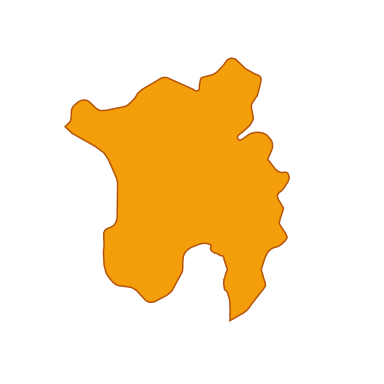 SVG path tracing the border of P'yŏngyang, rotated 63°
{"feature_id": "PRK-3305", "entity_name": "P'yŏngyang", "entity_type": "Special City", "adm_level": 1, "iso_a3": "PRK", "parent_name": "North Korea", "parent_adm1": "", "projection": "orthographic", "projection_center": [125.945, 38.994], "detail": "fine", "context": "isolated", "style": "filled", "palette": "amber", "viewbox_px": 384, "rotation_deg": 63, "n_neighbors": 0, "source": "natural_earth", "source_scale": "10m", "svg_char_len": 3141}
<svg xmlns="http://www.w3.org/2000/svg" viewBox="0 0 384 384"><g transform="rotate(63 192 192)"><path d="M121.5,78.7L123.3,79.6L126.0,81.4L135.4,89.7L135.8,90.2L137.0,92.5L137.3,93.0L139.5,97.0L140.6,98.6L141.6,99.6L142.6,100.2L144.5,101.0L153.7,103.7L154.7,104.3L155.7,105.4L157.4,107.8L158.2,109.1L158.8,110.2L159.7,112.9L161.3,118.7L162.0,122.8L162.3,124.2L163.1,126.1L163.7,126.6L164.7,126.9L166.5,126.7L167.2,126.2L167.7,125.4L167.8,124.7L167.7,122.1L166.7,116.1L166.6,114.5L166.7,112.8L166.8,112.0L167.5,109.1L168.5,106.5L169.2,105.4L171.1,102.8L173.3,100.7L174.5,99.9L175.7,99.3L181.4,98.0L182.9,97.9L184.5,98.1L186.6,98.9L188.9,100.0L191.5,102.7L196.2,108.5L197.6,109.6L209.5,107.3L212.9,105.8L214.0,104.7L214.8,104.1L215.3,103.4L215.7,102.7L216.2,101.2L216.8,99.7L217.4,99.0L218.0,98.4L218.8,98.2L219.6,98.1L222.0,98.5L223.7,99.1L225.2,100.4L226.9,102.6L229.9,107.7L231.0,110.2L231.7,112.1L231.9,114.1L232.2,115.0L232.6,115.8L233.1,116.6L233.9,117.4L235.2,118.0L237.6,118.4L247.7,117.8L249.3,118.9L255.9,125.6L259.4,128.4L260.1,128.5L261.9,128.5L271.1,127.4L273.9,127.5L275.7,127.9L276.6,129.1L277.8,131.2L279.3,136.3L279.6,138.9L279.5,141.2L278.9,143.2L278.6,145.0L278.8,147.3L279.0,148.6L279.4,149.9L280.3,152.3L283.7,156.8L291.3,164.4L293.3,165.8L306.3,168.1L308.4,168.8L309.3,169.5L310.6,171.8L318.5,189.0L320.3,192.1L322.2,196.4L323.1,201.0L323.9,216.6L321.2,215.1L319.7,214.5L317.8,213.5L315.8,212.2L306.2,207.8L304.1,207.2L298.0,206.1L296.0,206.1L293.8,207.3L288.2,205.5L284.3,203.2L283.3,201.8L279.8,198.8L277.8,196.1L276.3,195.5L266.8,194.1L265.2,193.5L262.7,193.7L261.3,195.9L258.6,197.2L256.5,199.7L253.1,201.5L250.6,201.2L248.5,199.2L246.8,199.8L244.2,202.7L242.9,205.2L242.2,207.5L241.8,209.5L241.0,217.5L241.1,219.6L241.4,221.5L242.0,223.5L242.8,225.5L244.0,227.3L245.6,229.0L249.3,231.5L256.7,235.4L258.3,236.7L259.3,237.8L270.4,253.9L271.3,255.8L271.9,257.7L272.3,259.6L272.6,261.6L272.8,274.4L272.5,276.4L271.8,278.3L270.7,280.2L268.9,281.7L267.1,282.7L255.3,285.9L252.0,287.5L249.5,289.4L248.0,291.3L242.7,299.1L241.1,300.9L238.9,302.4L236.4,303.5L229.9,304.9L225.4,305.3L217.5,303.6L205.5,298.3L200.3,294.9L188.5,289.3L186.8,287.3L186.1,285.2L186.5,279.0L186.2,277.0L185.4,275.1L184.1,273.3L182.5,271.6L180.8,270.3L150.0,254.1L145.3,252.9L125.3,251.8L117.2,252.7L107.3,257.6L85.2,272.2L76.2,275.4L73.9,268.4L72.1,266.8L69.3,264.9L65.4,262.9L63.3,261.2L61.8,259.0L61.0,256.5L60.1,252.6L60.1,249.7L60.7,247.1L61.7,245.2L63.0,243.8L64.6,242.7L74.0,239.4L77.3,237.3L78.8,234.8L80.3,231.3L85.2,213.6L85.4,211.2L85.3,209.4L83.3,202.6L81.7,198.9L79.5,195.9L78.0,190.0L76.6,168.3L76.7,166.8L77.2,165.1L77.7,163.9L78.9,162.2L101.0,144.4L101.6,144.1L102.7,143.4L104.0,142.2L104.3,141.5L104.4,140.8L104.3,140.1L104.1,139.6L103.8,139.2L102.7,138.3L100.3,137.0L95.7,133.4L95.2,132.9L94.7,132.0L94.6,131.2L94.7,130.4L95.1,128.1L95.3,127.4L96.6,121.3L96.8,119.7L96.7,117.6L96.6,116.3L96.3,114.9L93.3,106.4L90.8,101.8L90.3,100.5L90.2,98.9L90.4,97.3L90.6,96.6L90.8,96.0L91.1,95.4L92.7,93.6L93.8,92.7L106.3,88.4L115.4,82.4L117.7,80.2L118.7,79.5L120.0,79.0L121.5,78.7Z" fill="#f59e0b" stroke="#b45309" stroke-width="1.5"/></g></svg>